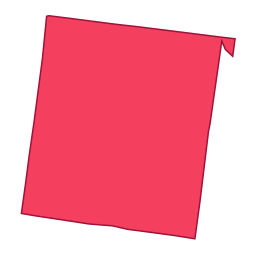 the district of Boone, Arkansas, United States of America, rotated 7°
{"feature_id": "52423323B14663422134470", "entity_name": "Boone", "entity_type": "district", "adm_level": 2, "iso_a3": "USA", "parent_name": "United States of America", "parent_adm1": "Arkansas", "projection": "natural_earth1", "projection_center": [-93.068, 36.306], "detail": "fine", "context": "isolated", "style": "filled", "palette": "rose", "viewbox_px": 256, "rotation_deg": 7, "n_neighbors": 0, "source": "geoboundaries", "source_scale": "gbopen_adm2", "svg_char_len": 503}
<svg xmlns="http://www.w3.org/2000/svg" viewBox="0 0 256 256"><g transform="rotate(7 128 128)"><path d="M207.9,229.8L208.4,191.5L208.3,121.5L208.9,113.7L210.5,30.3L215.1,38.2L223.2,44.1L223.4,26.4L206.4,26.5L206.2,26.5L131.9,26.3L131.5,26.3L123.7,26.3L123.1,26.3L107.4,26.5L96.6,26.5L37.0,26.2L35.9,26.2L33.6,27.0L34.6,69.2L34.0,133.1L33.3,167.1L33.1,195.6L32.6,225.8L47.8,226.5L101.2,228.0L124.6,227.0L140.0,228.6L184.8,229.0L207.9,229.8Z" fill="#f43f5e" stroke="#9f1239" stroke-width="1.5"/></g></svg>